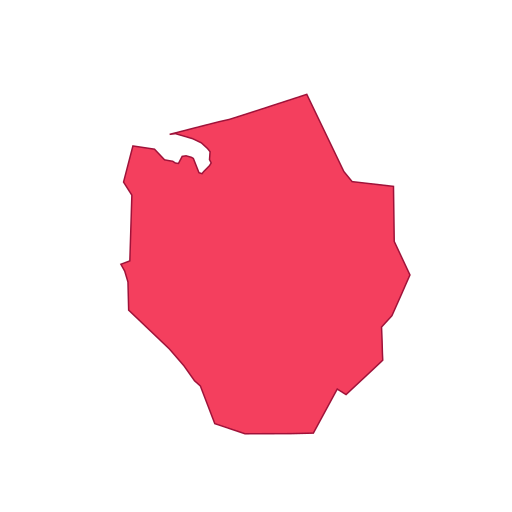 San Miguel Tulancingo, Oaxaca, Mexico, rotated 212°
{"feature_id": "50627088B24354653382818", "entity_name": "San Miguel Tulancingo", "entity_type": "district", "adm_level": 2, "iso_a3": "MEX", "parent_name": "Mexico", "parent_adm1": "Oaxaca", "projection": "mercator", "projection_center": [-97.436, 17.752], "detail": "fine", "context": "isolated", "style": "filled", "palette": "rose", "viewbox_px": 512, "rotation_deg": 212, "n_neighbors": 0, "source": "geoboundaries", "source_scale": "gbopen_adm2", "svg_char_len": 993}
<svg xmlns="http://www.w3.org/2000/svg" viewBox="0 0 512 512"><g transform="rotate(212 256 256)"><path d="M418.7,284.1L415.5,273.9L407.5,248.5L393.5,241.8L360.4,185.0L366.2,177.4L359.3,173.6L350.8,166.1L335.3,142.6L280.3,131.3L258.9,124.7L242.0,117.6L234.3,116.3L202.1,92.0L171.1,99.4L167.5,101.7L132.5,123.7L113.5,136.2L116.6,186.2L106.2,186.2L96.2,223.7L93.3,234.8L97.1,240.3L99.1,243.3L103.8,250.4L111.9,262.3L109.1,277.4L112.4,300.9L112.9,304.2L113.3,307.1L113.7,309.6L115.4,321.5L146.5,341.6L176.3,387.9L213.9,370.0L226.3,374.2L298.6,420.0L320.4,394.0L333.3,378.6L351.0,357.7L358.1,350.7L367.7,340.7L376.2,331.8L393.7,313.4L389.4,316.9L389.1,317.1L371.9,321.9L362.3,323.0L354.2,321.5L350.2,320.1L346.5,313.1L343.5,311.3L343.3,310.9L343.3,307.9L345.1,299.9L345.4,297.2L348.5,296.4L360.8,305.5L362.9,305.5L364.4,305.1L368.4,303.9L371.4,301.4L370.8,293.4L373.6,292.1L376.8,292.2L380.2,290.8L384.5,289.1L398.7,292.8L418.7,284.1Z" fill="#f43f5e" stroke="#9f1239" stroke-width="1.5"/></g></svg>